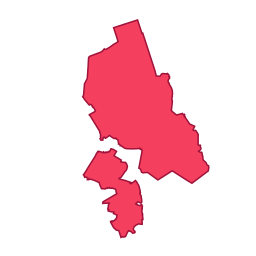 the district of Amsterdam, Noord-Holland, Netherlands, rotated 60°
{"feature_id": "6326949B30737301574950", "entity_name": "Amsterdam", "entity_type": "district", "adm_level": 2, "iso_a3": "NLD", "parent_name": "Netherlands", "parent_adm1": "Noord-Holland", "projection": "albers", "projection_center": [4.983, 52.355], "detail": "fine", "context": "isolated", "style": "filled", "palette": "rose", "viewbox_px": 256, "rotation_deg": 60, "n_neighbors": 0, "source": "geoboundaries", "source_scale": "gbopen_adm2", "svg_char_len": 5757}
<svg xmlns="http://www.w3.org/2000/svg" viewBox="0 0 256 256"><g transform="rotate(60 128 128)"><path d="M123.3,157.6L125.0,157.6L125.9,155.8L125.1,155.3L125.0,155.2L124.1,154.6L124.5,153.8L123.9,153.3L124.4,152.8L125.7,152.5L125.2,147.6L125.9,147.5L127.2,146.9L130.0,145.5L130.0,145.4L130.3,145.0L130.5,144.6L130.6,144.1L130.6,143.6L131.6,143.7L132.2,143.3L132.1,143.2L133.0,142.7L135.8,143.6L136.5,143.6L137.0,144.3L137.8,143.8L138.5,143.5L139.5,143.6L139.6,142.8L140.6,142.6L142.1,141.8L143.4,141.2L143.6,141.1L144.6,140.2L145.2,139.6L148.5,134.3L148.6,133.9L149.3,132.7L151.1,129.1L151.5,128.0L151.7,128.4L152.8,127.8L153.4,127.3L153.3,127.2L153.4,126.8L153.8,126.9L154.7,127.3L155.8,128.0L168.2,138.7L168.5,138.4L168.9,138.1L170.6,137.8L171.2,137.9L172.6,138.4L173.2,138.3L174.0,137.7L174.5,137.2L174.6,136.9L174.7,136.4L176.4,133.2L187.9,128.1L187.2,111.1L201.8,103.6L207.8,100.3L205.3,79.9L202.4,77.6L200.9,77.1L200.1,77.7L199.5,78.0L197.1,77.7L193.8,78.7L192.9,78.8L189.6,77.3L188.0,77.0L186.8,76.4L186.1,76.3L185.9,76.3L185.6,76.6L185.4,77.2L185.1,77.6L184.6,77.9L183.4,78.4L183.4,77.4L183.2,76.7L182.9,75.8L182.6,75.3L181.6,74.8L180.5,74.8L180.2,74.6L179.2,73.9L179.0,74.0L178.6,74.9L177.5,75.6L168.6,70.4L164.2,70.5L163.8,70.5L163.8,70.4L163.7,70.7L163.7,71.2L163.1,72.1L162.4,72.2L162.1,72.6L159.9,69.4L155.3,72.6L146.8,73.2L146.7,73.3L146.6,72.9L145.5,73.1L145.0,72.2L144.9,72.0L145.1,71.9L144.4,72.2L144.5,72.7L144.4,73.3L143.6,73.3L143.0,73.7L142.6,73.6L141.2,78.7L141.0,79.1L140.8,79.5L140.0,79.9L138.5,80.4L136.3,81.3L134.1,81.7L134.0,81.3L129.0,77.6L128.7,77.4L126.7,76.0L126.2,75.9L126.2,76.1L125.9,76.1L125.6,75.9L123.2,74.3L122.9,74.1L122.9,73.9L122.6,73.8L121.0,72.6L119.8,71.9L118.1,71.1L116.9,70.7L115.2,70.4L113.7,70.3L110.5,70.4L110.2,70.0L109.9,69.9L108.8,70.2L107.8,70.0L107.3,69.8L107.0,69.5L106.1,68.4L105.7,67.1L105.4,67.1L105.1,66.8L104.5,66.5L104.4,66.4L103.9,66.9L103.4,66.4L102.4,66.1L101.6,66.2L100.4,66.7L100.5,67.0L100.4,67.0L100.4,67.3L100.3,67.7L98.3,70.5L98.1,71.0L98.0,71.4L98.0,71.8L98.9,73.8L99.0,74.0L99.0,74.4L98.8,75.0L97.1,77.5L91.8,76.0L53.2,67.8L53.1,68.6L39.2,65.7L33.9,90.3L47.5,93.2L47.4,93.3L48.1,93.5L48.3,93.7L48.4,95.8L48.4,99.5L48.7,101.4L48.9,103.6L48.9,107.8L48.0,108.9L47.6,109.0L48.1,110.3L48.4,111.2L48.6,112.1L48.7,113.6L48.6,114.3L48.3,116.0L46.8,124.8L46.8,125.2L46.9,126.1L47.4,126.9L48.0,127.4L55.1,132.0L64.4,138.3L65.1,139.0L67.8,143.4L68.0,143.6L76.8,149.7L77.6,150.5L77.9,150.9L78.3,151.6L78.8,151.6L79.0,151.4L81.6,151.4L82.1,151.3L88.7,150.1L88.8,150.0L88.7,148.7L89.3,148.3L91.0,147.8L91.6,148.3L92.8,148.0L93.0,147.5L96.9,147.7L97.2,148.9L97.1,154.7L97.2,154.9L97.3,154.9L97.3,155.0L97.7,155.0L97.8,154.8L97.9,154.7L117.0,154.2L117.4,154.6L118.0,154.8L119.6,154.9L120.1,155.1L121.1,155.8L122.7,156.6L123.3,157.1L123.3,157.6ZM146.3,190.1L146.9,189.8L147.2,189.8L147.5,189.8L148.0,190.1L148.6,190.1L149.1,190.2L149.7,188.5L151.3,188.4L151.5,188.2L151.7,187.9L151.9,188.6L152.4,189.1L152.8,188.4L153.0,188.1L153.3,187.3L153.5,186.2L156.2,183.6L160.0,180.9L160.3,180.3L163.8,180.9L167.3,181.3L167.8,180.7L167.8,180.4L169.4,178.3L169.4,175.8L170.1,175.7L170.1,174.6L170.4,173.7L171.1,173.8L172.3,171.7L172.4,171.2L173.0,171.0L173.4,170.8L174.2,169.8L174.8,169.5L175.6,169.5L176.8,170.1L177.4,170.3L179.2,170.4L179.3,171.5L179.4,181.0L179.4,186.6L180.1,187.1L180.7,187.6L181.7,185.5L183.7,181.8L185.0,183.6L186.0,184.2L188.1,186.1L188.8,185.5L189.8,186.7L190.4,186.2L192.1,184.6L193.6,182.3L194.2,182.7L194.8,183.4L195.8,182.6L198.1,181.1L200.0,182.8L200.5,183.6L200.8,184.6L201.1,184.5L201.2,186.5L201.1,187.7L201.3,187.7L201.3,188.2L201.0,188.3L200.6,188.1L200.4,188.5L200.8,188.8L201.0,189.0L200.5,189.3L200.6,189.5L200.3,189.9L200.7,190.1L206.9,190.3L210.6,189.2L212.2,187.3L219.3,188.8L219.4,187.7L219.3,187.3L219.7,187.0L219.7,186.7L220.4,186.1L220.4,185.6L220.6,185.3L220.7,185.2L220.7,184.9L220.6,184.5L220.6,184.1L219.3,182.4L219.1,182.1L218.5,181.3L218.1,180.5L217.7,180.0L217.5,179.6L217.5,179.2L217.6,178.8L218.0,178.3L217.9,178.3L219.7,176.9L221.3,176.7L221.9,175.4L222.1,174.7L221.9,174.1L221.3,173.7L220.9,173.7L219.2,174.2L218.9,174.1L217.7,173.5L217.2,172.9L216.8,172.4L216.6,172.0L216.1,169.4L216.4,166.8L216.5,166.5L216.7,166.2L217.6,165.3L218.0,164.7L218.1,164.2L218.5,164.0L218.5,163.9L217.1,163.0L214.3,161.8L214.6,161.2L214.8,160.9L214.7,160.8L213.5,160.2L210.7,159.1L210.7,158.8L209.9,158.4L209.8,158.6L207.0,157.6L204.9,156.0L204.7,156.2L203.5,155.0L203.1,154.7L202.9,154.9L202.7,154.8L201.2,154.3L200.9,154.4L200.7,154.5L201.0,155.0L201.2,155.8L201.0,156.8L200.0,157.6L199.5,158.1L198.8,158.6L198.2,158.8L197.5,159.2L197.4,158.9L197.9,158.6L196.7,156.5L197.4,155.8L198.5,155.2L199.1,154.7L198.9,154.5L199.1,153.2L198.4,152.9L197.8,152.4L197.1,152.1L193.0,150.5L192.4,150.5L191.5,150.7L191.0,150.6L190.6,150.4L190.8,150.1L190.3,149.7L190.2,149.9L189.6,149.4L188.2,148.8L184.8,147.8L182.7,147.4L180.8,147.5L179.2,147.4L178.4,147.5L177.1,147.9L177.5,149.8L177.7,153.5L176.8,153.8L176.6,152.7L171.8,156.9L169.3,159.5L167.5,161.1L167.3,160.9L167.2,160.9L167.1,160.7L167.1,159.5L167.2,158.9L167.1,158.3L166.3,156.7L164.6,153.1L164.3,152.5L163.9,151.0L163.1,149.7L161.0,147.7L160.1,147.4L158.9,147.4L158.5,147.2L157.6,147.1L157.2,147.5L156.2,147.6L156.0,148.3L155.6,148.9L154.5,150.1L154.2,150.8L153.7,151.2L152.4,149.9L145.0,154.0L142.5,149.6L138.9,151.6L138.0,152.8L137.7,152.8L137.5,153.5L138.7,154.6L138.8,155.5L139.2,156.5L138.5,156.9L138.9,157.6L138.6,158.5L137.7,159.0L138.1,159.7L138.1,160.2L136.3,161.2L136.9,162.1L135.8,162.8L133.7,164.8L133.9,165.0L133.4,165.5L133.7,165.9L133.4,166.1L133.6,166.3L134.0,167.4L134.5,168.4L135.1,169.0L135.3,169.6L136.2,170.8L141.9,181.7L144.7,186.7L146.3,190.1Z" fill="#f43f5e" stroke="#9f1239" stroke-width="1.5"/></g></svg>